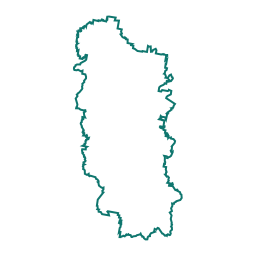 Somerset, Queensland, Australia (Natural Earth projection), rotated 182°
{"feature_id": "25037944B77651628616749", "entity_name": "Somerset", "entity_type": "district", "adm_level": 2, "iso_a3": "AUS", "parent_name": "Australia", "parent_adm1": "Queensland", "projection": "natural_earth1", "projection_center": [152.451, -27.012], "detail": "fine", "context": "isolated", "style": "outline", "palette": "teal", "viewbox_px": 256, "rotation_deg": 182, "n_neighbors": 0, "source": "geoboundaries", "source_scale": "gbopen_adm2", "svg_char_len": 5785}
<svg xmlns="http://www.w3.org/2000/svg" viewBox="0 0 256 256"><g transform="rotate(182 128 128)"><path d="M182.7,188.8L182.8,187.7L184.0,186.8L184.1,185.2L183.6,184.1L181.2,183.9L180.0,184.5L177.0,183.0L175.5,183.7L175.6,180.6L172.5,180.1L171.7,177.8L171.7,176.1L173.6,173.6L173.3,172.4L175.2,170.5L174.9,169.2L175.4,167.8L175.0,166.0L175.4,165.1L177.9,161.9L179.5,160.7L179.7,159.9L180.3,159.6L179.6,158.1L181.3,155.6L179.4,149.8L179.8,147.2L180.3,147.0L180.5,145.9L177.8,145.9L176.1,144.7L173.1,144.1L171.3,144.3L171.0,143.1L172.7,142.0L172.2,139.0L171.2,137.0L174.0,137.4L174.0,136.7L173.6,137.1L173.0,136.6L173.0,135.2L174.5,134.1L174.4,132.3L175.2,131.8L175.4,130.6L174.1,128.1L174.3,127.5L172.1,124.2L172.3,123.1L172.9,123.2L173.1,122.6L172.6,122.6L172.6,121.5L172.0,121.8L171.5,121.4L171.6,120.1L172.4,118.9L170.1,118.8L169.0,119.5L168.7,118.9L169.5,117.6L167.9,117.0L167.9,116.5L166.8,116.8L167.2,115.5L168.6,115.6L169.0,114.4L169.5,114.5L169.5,113.8L170.1,113.4L169.8,111.5L170.4,110.3L171.0,110.5L171.2,109.5L172.8,108.6L168.4,107.8L169.4,107.1L169.5,105.1L173.0,105.2L173.2,104.2L172.8,102.1L172.2,101.8L172.6,101.1L170.9,99.3L171.2,98.6L170.8,97.4L170.2,97.5L169.6,96.3L170.1,94.9L169.3,93.9L169.5,93.1L171.3,92.1L171.0,91.2L171.4,90.4L170.2,90.0L171.4,89.3L171.8,88.0L171.2,87.4L171.4,85.4L170.3,84.9L169.7,84.0L169.5,80.7L167.3,79.7L165.7,80.8L165.4,79.0L164.8,78.5L163.8,79.0L158.8,77.7L158.1,76.0L156.9,75.6L155.7,74.2L155.5,73.3L156.3,72.9L155.7,72.3L155.0,69.4L152.7,67.7L151.4,67.2L150.4,67.6L150.4,65.7L151.5,64.2L151.1,63.7L151.2,62.4L150.6,62.4L155.7,55.4L156.4,49.2L155.8,49.1L155.4,46.5L155.8,45.8L154.2,45.5L154.6,44.9L154.4,43.3L152.3,43.1L150.9,41.0L143.9,40.0L144.5,42.0L145.7,43.7L145.3,44.1L134.9,42.6L135.2,40.7L133.6,40.4L133.9,38.2L132.2,37.9L132.6,35.8L132.3,35.7L133.0,35.4L133.7,32.7L132.7,32.2L132.6,33.1L131.5,34.1L131.4,31.3L132.0,30.6L132.0,28.9L132.8,27.8L133.4,23.5L132.9,24.1L131.9,23.9L132.6,18.7L131.5,18.7L131.3,19.3L129.6,19.6L129.0,20.2L127.5,19.6L126.0,21.5L125.4,20.9L123.9,21.9L123.3,21.1L121.7,21.1L120.7,19.2L119.7,19.3L119.1,19.9L116.3,20.3L115.5,21.1L112.2,22.1L111.7,22.8L111.0,21.2L109.8,20.4L109.9,19.9L108.7,19.7L108.2,18.4L106.7,17.3L105.5,17.3L104.8,17.4L104.4,19.7L103.7,20.5L102.3,20.7L102.4,22.0L101.4,23.6L97.5,25.2L98.3,25.7L97.8,28.1L96.2,27.4L94.9,29.2L93.9,28.9L90.1,23.7L89.2,23.5L87.2,21.6L86.2,22.2L85.4,21.6L85.1,22.7L84.4,23.2L83.0,22.4L82.1,22.7L81.6,24.2L82.2,25.6L81.8,26.7L80.5,27.9L80.7,30.3L81.5,30.9L80.6,32.9L81.2,33.6L80.9,34.6L82.1,38.6L81.4,42.2L83.3,45.0L81.2,46.5L82.1,49.2L80.9,51.8L81.3,54.1L79.5,53.8L79.2,55.0L77.5,55.9L77.2,56.5L73.2,57.9L71.9,60.0L72.3,63.3L73.4,64.0L73.7,65.6L76.4,66.9L76.1,67.3L76.6,68.1L78.5,67.6L81.9,72.3L81.2,73.1L81.7,74.4L83.8,73.4L83.0,72.3L83.0,71.6L85.0,71.7L84.6,74.3L86.8,74.6L85.4,76.8L85.9,77.5L85.4,79.9L86.6,81.1L87.5,80.7L89.3,82.8L88.5,83.0L88.4,85.1L87.9,85.4L88.8,87.8L88.5,90.3L91.1,90.7L90.7,93.6L89.8,93.4L89.6,95.3L90.1,96.2L90.1,100.1L90.8,101.4L88.2,101.0L87.7,100.3L87.9,99.4L87.3,99.3L87.0,100.1L85.3,100.6L84.0,101.7L82.5,105.4L82.5,105.9L83.1,105.4L83.4,106.0L84.0,105.7L84.5,106.8L83.5,108.1L83.4,110.8L83.7,111.1L80.9,114.7L80.5,116.6L82.1,118.5L84.6,118.9L84.8,120.0L85.5,119.6L86.9,120.3L87.5,119.5L87.7,121.6L88.7,120.9L90.0,121.2L89.7,121.9L88.6,122.1L89.4,122.5L90.1,122.2L90.2,122.7L88.3,123.5L88.6,124.1L90.9,124.5L90.5,127.0L92.4,127.3L92.5,128.4L95.6,129.3L96.2,130.1L95.9,130.8L91.6,130.2L91.5,131.0L92.6,131.2L91.9,136.9L97.2,137.8L96.7,138.3L95.9,137.9L96.4,138.8L95.1,139.4L95.9,140.7L95.7,141.2L95.1,140.5L91.3,140.0L90.3,137.8L89.4,142.8L89.8,143.5L89.0,143.6L89.1,144.1L88.6,144.3L89.0,144.9L85.8,147.3L85.5,148.2L85.1,148.1L84.9,148.9L85.2,149.2L84.2,149.3L84.3,149.8L83.5,150.2L83.0,152.1L81.9,153.7L90.9,159.2L90.4,160.6L89.5,161.4L86.4,163.1L86.0,166.6L88.4,167.5L88.4,167.0L89.5,166.3L95.2,167.1L96.1,165.6L98.7,166.0L98.2,169.7L96.9,171.0L94.2,172.3L93.0,173.3L92.9,173.9L91.3,173.6L90.9,176.2L89.6,175.6L88.2,176.0L89.3,177.3L89.0,177.9L88.0,176.9L86.6,176.5L84.9,179.0L85.2,180.1L86.0,180.5L86.9,182.9L88.4,182.1L90.1,179.3L92.2,179.6L91.8,180.2L92.2,181.7L93.0,183.3L93.8,183.5L93.2,184.2L92.7,186.5L91.5,187.3L91.1,189.1L93.0,189.5L92.6,193.3L92.1,193.2L91.4,198.2L93.0,196.9L92.5,200.5L91.3,201.3L91.4,202.3L93.1,202.2L94.8,203.1L95.4,202.6L96.2,203.0L97.3,202.6L102.8,203.5L102.3,206.7L103.1,208.1L105.7,206.8L106.4,205.2L107.7,205.0L108.2,210.3L109.8,210.0L110.9,210.7L111.7,204.7L116.2,205.4L116.4,204.8L121.2,205.3L124.0,207.3L125.8,207.9L125.5,210.5L127.9,210.9L127.8,211.8L127.1,212.2L131.4,212.9L131.4,216.4L133.0,216.6L132.9,217.5L134.0,218.3L134.1,217.5L136.6,218.6L138.7,221.4L137.4,222.1L138.3,224.0L137.7,226.3L141.9,227.1L140.8,235.0L145.0,235.0L144.2,237.9L150.9,238.7L152.6,238.5L153.0,236.2L152.4,236.1L152.5,235.4L153.2,235.5L153.5,233.7L156.6,234.3L156.5,235.1L157.9,235.6L158.4,234.9L158.9,235.4L158.6,234.6L159.1,234.2L161.2,234.6L161.3,233.8L166.3,234.8L166.8,231.3L167.3,231.8L168.1,231.2L168.7,232.1L169.2,231.6L169.9,232.5L173.0,229.9L173.3,228.2L173.5,228.7L174.7,227.8L175.1,228.3L175.8,227.8L175.4,227.4L175.8,226.1L176.8,226.7L177.2,226.2L179.2,226.0L179.2,225.0L178.1,224.1L178.2,223.2L179.1,222.8L179.7,223.9L181.0,223.7L181.2,222.3L181.7,222.4L181.2,221.4L181.9,220.0L181.4,219.9L181.8,219.1L181.0,219.3L181.0,217.0L182.0,216.8L182.5,213.0L182.2,213.0L182.3,212.2L181.8,212.1L182.0,210.4L181.5,210.4L182.6,209.5L182.7,208.0L182.3,207.9L182.5,206.3L181.6,206.1L181.7,203.3L180.2,204.1L180.8,199.6L180.1,199.5L180.2,198.3L178.4,198.0L178.7,195.8L176.1,195.4L175.9,196.4L174.8,196.2L174.7,197.2L173.5,197.0L173.2,199.0L172.7,198.9L172.6,199.6L171.5,199.4L172.2,194.8L173.3,193.7L177.6,191.2L178.0,189.8L181.2,189.7L182.7,188.8Z" fill="none" stroke="#0f766e" stroke-width="2"/></g></svg>